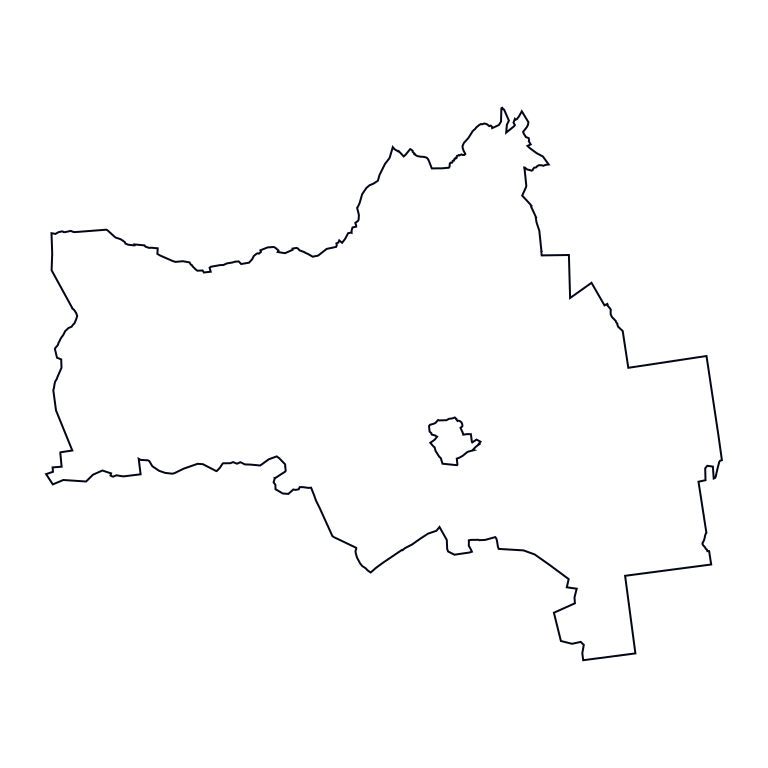 the district of Viesītes pag., Viesites, Latvia
{"feature_id": "27541924B828825882748", "entity_name": "Viesītes pag.", "entity_type": "district", "adm_level": 2, "iso_a3": "LVA", "parent_name": "Latvia", "parent_adm1": "Viesites", "projection": "orthographic", "projection_center": [25.496, 56.366], "detail": "fine", "context": "isolated", "style": "outline", "palette": "ink", "viewbox_px": 768, "rotation_deg": 0, "n_neighbors": 0, "source": "geoboundaries", "source_scale": "gbopen_adm2", "svg_char_len": 6064}
<svg xmlns="http://www.w3.org/2000/svg" viewBox="0 0 768 768"><path d="M635.4,653.4L625.1,575.8L711.2,564.5L709.1,551.1L707.3,551.1L706.9,549.6L705.7,548.7L705.1,547.4L703.0,545.1L702.6,544.4L702.5,543.3L702.7,543.1L702.8,542.3L703.1,542.2L704.1,539.9L704.8,537.4L704.9,536.2L705.9,533.3L706.4,532.9L698.5,481.7L705.5,480.2L705.2,468.3L707.3,465.8L712.9,466.6L713.7,478.5L715.1,477.9L715.7,476.6L717.5,468.6L719.3,461.8L720.1,460.7L721.9,460.2L718.5,435.9L706.5,356.0L628.3,367.8L622.7,331.0L618.1,326.7L617.3,324.4L617.4,323.9L616.1,322.1L615.7,320.9L612.2,317.3L610.9,314.9L610.7,313.9L610.6,311.3L610.8,310.0L610.2,308.6L607.5,305.5L607.7,304.8L607.3,303.9L604.5,305.4L591.5,282.8L570.1,298.0L568.9,255.0L541.7,255.4L541.3,251.3L541.6,251.2L541.4,250.8L539.3,230.7L536.5,222.3L535.7,217.0L535.9,217.0L531.3,207.1L531.5,206.1L531.0,206.0L530.7,204.8L522.2,195.6L526.0,187.2L526.3,185.8L524.7,170.1L524.2,167.5L524.7,167.5L527.2,169.5L529.6,170.0L531.4,170.7L532.6,170.2L533.1,169.0L534.2,167.7L536.3,167.3L537.1,166.2L539.0,165.2L541.8,165.3L543.3,165.8L545.5,164.9L548.7,164.5L542.9,156.5L536.7,153.2L529.8,148.1L527.5,145.9L530.7,144.4L528.8,141.3L529.1,140.3L528.7,138.1L525.8,137.0L523.8,133.7L523.1,131.9L526.9,127.0L528.0,124.8L528.4,122.2L521.8,111.3L519.1,116.2L516.9,119.1L515.6,119.7L514.9,118.9L513.5,122.6L514.9,125.1L514.0,126.3L506.2,132.6L506.9,124.7L508.9,120.6L504.1,109.6L503.4,109.4L502.2,107.8L501.4,108.3L501.0,121.6L498.9,125.0L492.2,128.1L492.0,126.9L491.0,125.8L490.5,125.6L489.2,126.1L487.5,124.6L486.0,123.9L484.1,123.5L482.2,124.3L481.1,124.0L479.3,124.9L476.1,127.6L475.3,128.8L472.7,131.1L468.4,138.0L463.9,142.9L462.6,145.8L462.6,147.7L463.4,150.3L465.3,154.0L465.1,154.3L464.2,155.0L462.4,154.9L461.4,154.4L459.4,155.4L458.8,155.1L458.6,155.4L457.1,155.8L456.7,156.3L456.7,157.8L455.6,158.6L455.3,158.2L454.6,158.7L454.1,159.6L454.1,160.5L452.7,160.8L452.3,162.5L451.7,162.8L450.8,162.6L449.9,163.3L449.7,164.4L449.6,166.4L448.9,167.7L442.2,168.3L431.8,168.4L428.9,160.9L427.9,158.9L426.7,157.7L424.0,156.9L420.7,156.7L417.5,156.1L416.1,155.4L414.3,154.1L414.6,153.7L412.7,151.9L412.8,151.1L411.8,150.0L410.2,149.1L405.4,154.9L403.7,156.4L398.7,151.1L398.3,151.5L394.5,149.2L392.8,147.1L389.8,157.3L389.2,158.5L385.0,163.9L379.5,175.0L377.9,180.7L373.4,183.7L369.8,185.1L366.5,187.8L362.1,194.3L359.6,203.1L358.0,206.6L357.1,207.9L358.5,213.2L358.9,215.4L358.6,219.7L357.8,221.1L355.3,222.9L356.1,225.5L356.2,226.6L352.5,227.5L351.6,230.6L351.6,232.8L351.1,232.6L348.1,233.2L345.1,238.9L342.1,242.8L339.2,240.4L338.3,242.6L336.4,243.4L336.8,245.3L336.1,246.9L326.7,248.9L318.1,255.6L312.7,256.7L307.5,253.7L305.3,252.9L304.8,252.3L299.7,250.4L297.6,248.3L296.5,247.9L292.5,248.6L292.6,249.8L285.0,253.2L277.7,252.0L278.5,250.5L275.2,247.7L273.9,247.0L267.6,247.4L260.4,250.3L261.0,251.9L258.9,253.6L257.5,253.3L256.1,254.1L253.8,256.0L252.2,259.2L249.0,262.7L241.2,264.0L238.7,261.4L235.0,261.7L232.4,262.5L226.9,263.4L223.4,265.0L220.1,265.1L210.7,266.8L209.6,267.8L210.7,271.7L203.9,272.5L202.6,270.5L197.4,270.7L196.2,269.9L192.6,266.4L192.1,265.3L190.9,264.7L189.5,262.4L182.8,261.2L175.5,261.9L172.9,261.1L160.3,255.6L157.4,253.9L157.7,248.3L150.9,247.7L149.1,247.9L145.4,246.6L144.5,245.4L134.4,244.4L134.6,245.3L134.1,245.4L128.2,244.7L125.5,243.6L124.7,242.0L120.8,239.3L115.3,237.4L107.5,230.3L106.2,229.7L74.9,232.1L73.5,232.0L70.8,230.9L65.2,232.1L63.6,232.1L62.5,231.4L61.9,231.4L58.4,232.2L55.5,233.9L51.5,233.2L52.2,253.7L51.6,270.3L72.2,307.9L72.2,308.4L74.2,310.0L76.2,313.1L77.2,316.0L76.2,319.2L74.4,323.4L73.1,324.6L71.6,326.7L68.5,328.0L65.2,331.1L63.2,335.1L61.7,337.0L60.2,339.5L59.4,341.4L58.8,342.2L57.8,345.1L55.5,347.8L54.9,348.9L57.0,357.7L61.2,359.4L61.5,367.8L57.4,377.1L56.9,378.8L55.4,381.1L54.7,383.2L53.9,388.2L53.3,390.2L56.0,410.4L72.3,450.5L60.4,452.3L60.3,452.8L61.6,466.7L52.6,467.4L53.0,471.8L46.1,474.1L52.8,484.4L63.3,480.0L86.1,481.5L93.0,474.7L102.4,470.5L111.1,473.4L110.5,475.5L113.0,476.7L116.4,475.3L122.7,476.3L124.3,476.3L140.6,474.3L138.7,458.8L140.6,459.9L147.7,460.3L148.9,460.8L149.3,461.1L152.3,466.2L159.1,470.8L165.2,472.9L172.4,473.7L174.6,473.1L183.6,468.7L197.6,463.8L202.9,464.2L216.3,471.1L216.9,470.9L219.9,467.8L222.5,463.8L223.1,463.3L230.4,463.2L233.1,462.1L237.0,463.7L240.4,462.2L244.9,464.4L250.6,464.6L260.2,465.5L268.8,459.3L276.7,456.4L279.3,458.3L285.1,464.3L285.3,466.4L285.1,466.6L285.3,467.0L285.7,470.8L285.2,471.6L275.0,478.2L274.6,478.1L274.7,478.6L273.6,482.3L275.4,484.9L275.5,488.9L275.6,489.3L282.8,493.5L288.4,493.9L293.3,489.5L295.6,489.9L298.7,489.3L299.7,487.1L302.8,487.1L308.3,487.9L311.1,487.7L314.2,495.5L315.9,500.4L319.8,508.3L332.4,536.1L333.8,537.1L356.2,547.8L356.3,548.3L355.5,551.3L355.7,553.0L357.1,557.8L360.1,563.4L362.3,566.1L365.3,568.0L367.9,570.6L370.7,572.5L375.8,568.0L383.0,562.7L402.0,549.9L402.5,550.2L404.9,548.2L411.9,544.6L420.7,538.4L428.1,533.6L436.4,530.8L439.5,527.0L446.8,540.0L447.2,549.1L448.1,551.5L454.5,554.7L469.5,552.5L471.9,551.7L470.6,548.9L468.8,545.7L468.9,542.1L468.8,540.3L471.0,539.9L478.6,539.8L479.3,540.2L485.2,539.9L495.3,537.1L496.4,538.7L497.0,540.9L497.9,546.6L498.7,548.9L523.5,550.4L534.6,554.4L549.4,564.8L568.7,579.1L566.8,587.3L576.7,588.7L574.5,597.4L574.9,603.3L553.9,612.7L560.9,641.0L572.1,643.8L580.7,641.9L583.8,644.9L582.3,653.2L583.2,660.2L635.4,653.4ZM475.8,446.8L473.0,449.7L474.0,450.1L468.4,451.6L467.0,452.3L462.6,455.9L459.0,457.9L456.8,458.6L457.4,464.6L457.0,465.2L442.5,463.7L440.8,458.1L439.2,456.7L435.5,450.8L434.6,447.3L433.6,446.6L430.3,442.8L434.7,439.7L437.1,436.7L435.3,435.5L431.8,434.6L431.3,433.1L429.6,431.6L429.1,427.1L429.1,426.0L429.9,424.8L433.3,423.9L435.5,422.9L438.1,420.0L439.1,420.4L446.5,420.2L449.0,418.8L452.3,418.4L454.8,417.5L456.4,418.9L456.2,419.3L457.5,420.9L457.9,420.6L459.6,421.0L460.9,421.8L461.6,422.6L462.3,424.4L462.4,426.0L462.2,426.5L460.5,427.8L462.8,432.9L463.3,434.7L467.0,434.1L470.9,434.2L471.9,442.0L472.3,442.4L476.5,439.6L480.5,441.7L478.7,444.0L479.3,444.2L475.8,446.8Z" fill="none" stroke="#020617" stroke-width="2"/></svg>